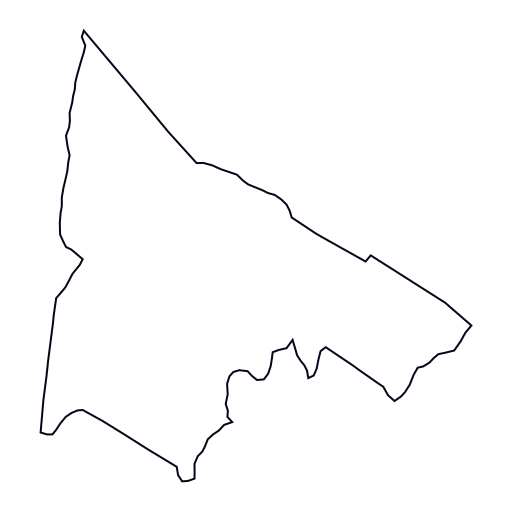 Itajuípe, Bahia, Brazil (Robinson projection)
{"feature_id": "56859067B68754301032545", "entity_name": "Itajuípe", "entity_type": "district", "adm_level": 2, "iso_a3": "BRA", "parent_name": "Brazil", "parent_adm1": "Bahia", "projection": "robinson", "projection_center": [-39.441, -14.658], "detail": "fine", "context": "isolated", "style": "outline", "palette": "ink", "viewbox_px": 512, "rotation_deg": 0, "n_neighbors": 0, "source": "geoboundaries", "source_scale": "gbopen_adm2", "svg_char_len": 1793}
<svg xmlns="http://www.w3.org/2000/svg" viewBox="0 0 512 512"><path d="M388.0,395.2L394.5,401.0L401.0,396.5L404.9,392.3L409.7,384.8L413.7,374.7L417.7,367.7L423.3,366.4L429.6,362.5L433.8,358.0L438.3,354.2L446.2,352.5L454.2,350.5L460.7,341.2L465.4,332.7L471.4,325.5L445.1,302.7L370.7,255.4L365.6,261.5L321.1,236.6L315.2,233.1L291.7,217.5L289.7,210.8L286.5,204.5L281.2,199.4L274.7,194.9L267.9,193.0L262.8,190.4L255.7,187.5L248.1,184.4L242.7,180.3L237.0,174.7L228.5,171.8L220.5,169.1L212.4,165.4L203.3,162.9L196.6,163.1L168.5,132.1L135.4,92.0L83.8,30.7L81.8,36.9L85.3,45.6L83.8,52.4L81.6,59.3L79.3,67.4L77.0,75.4L75.3,82.5L74.8,89.4L73.1,96.2L72.2,102.6L69.6,113.1L69.9,121.0L69.1,127.3L66.0,135.6L67.6,146.7L69.6,155.3L68.3,162.1L67.2,171.8L65.4,179.6L63.4,188.1L61.8,197.4L61.8,206.3L60.6,212.9L59.8,222.8L60.1,234.6L63.2,241.4L66.0,247.0L71.2,249.5L76.8,254.2L82.7,259.2L79.7,265.0L72.5,273.8L68.3,281.9L65.4,287.3L61.5,292.0L56.2,298.1L53.8,314.6L53.0,322.8L48.1,360.9L46.5,376.1L43.4,400.1L40.6,432.5L47.0,434.4L52.4,434.4L56.2,429.8L60.4,423.3L65.8,416.8L71.6,412.9L77.6,410.4L82.7,410.0L102.8,421.1L124.6,434.6L147.3,449.0L176.7,466.8L178.1,475.1L182.1,481.3L187.8,481.0L194.5,478.6L194.6,472.2L194.5,463.8L197.7,456.3L202.4,451.5L205.1,446.0L207.8,439.3L212.7,434.7L218.9,430.5L224.1,424.9L232.2,422.1L227.4,416.8L227.9,410.8L225.7,403.9L227.7,394.5L227.1,383.8L229.4,376.4L233.3,372.0L239.3,370.2L247.6,371.2L251.7,375.7L257.0,380.0L263.9,379.4L268.2,373.6L270.7,366.0L271.8,359.2L272.7,352.2L278.9,349.9L286.5,348.2L292.6,339.9L295.3,349.0L297.1,355.3L300.7,360.9L304.4,365.4L307.0,370.6L308.3,378.1L313.7,375.5L316.6,368.9L318.5,359.3L320.6,351.1L325.7,347.2L352.8,365.4L359.9,370.6L370.7,378.1L378.1,383.3L383.3,386.8L388.0,395.2Z" fill="none" stroke="#020617" stroke-width="2"/></svg>